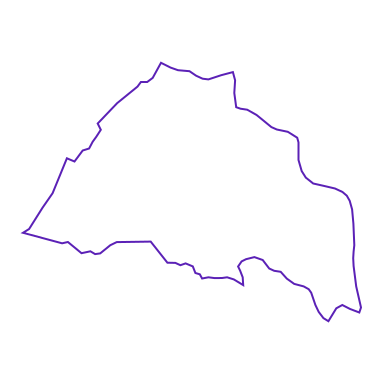 Carnaúba dos Dantas, Rio Grande do Norte, Brazil (Natural Earth projection)
{"feature_id": "56859067B30276688890297", "entity_name": "Carnaúba dos Dantas", "entity_type": "district", "adm_level": 2, "iso_a3": "BRA", "parent_name": "Brazil", "parent_adm1": "Rio Grande do Norte", "projection": "natural_earth1", "projection_center": [-36.538, -6.554], "detail": "fine", "context": "isolated", "style": "outline", "palette": "violet", "viewbox_px": 384, "rotation_deg": 0, "n_neighbors": 0, "source": "geoboundaries", "source_scale": "gbopen_adm2", "svg_char_len": 1340}
<svg xmlns="http://www.w3.org/2000/svg" viewBox="0 0 384 384"><path d="M23.0,232.8L62.1,243.3L67.9,242.0L77.5,249.9L81.5,253.2L90.4,251.3L95.1,254.1L100.2,253.4L110.3,245.2L116.7,242.1L150.7,241.6L167.4,262.7L175.4,262.9L180.4,265.2L185.6,263.4L192.8,266.4L195.4,273.0L199.8,274.3L202.1,278.5L208.4,277.3L214.7,278.1L222.1,278.0L227.1,277.3L233.8,279.4L243.2,285.1L242.7,277.3L240.1,270.6L238.1,266.5L241.6,261.4L246.0,259.2L254.4,257.1L262.7,260.0L269.2,268.5L274.2,270.8L280.7,271.8L286.8,278.6L294.2,283.9L303.7,286.4L308.7,289.2L311.2,292.7L315.4,305.0L318.7,311.9L323.4,318.1L328.4,321.2L336.3,308.3L342.3,305.0L350.1,309.0L359.3,312.5L361.0,307.5L356.2,286.4L353.6,266.0L353.2,258.2L353.6,251.6L354.3,245.2L353.4,223.7L352.1,209.4L349.7,200.8L346.8,195.7L342.5,192.0L335.0,188.5L323.9,185.9L313.2,183.5L305.8,177.6L301.7,171.1L298.5,160.0L298.5,142.4L297.2,137.7L287.8,131.8L276.8,129.5L271.4,127.1L256.6,115.0L247.2,109.7L240.5,108.7L236.2,107.2L234.3,93.0L235.1,80.3L232.9,72.1L221.2,75.2L213.6,77.7L208.4,79.4L202.6,78.7L196.1,75.7L189.5,71.2L178.0,70.2L170.6,67.6L161.0,62.8L152.7,77.9L147.2,82.0L140.9,82.0L137.5,86.6L117.2,103.1L97.7,123.5L100.8,129.8L96.2,136.9L92.7,141.7L89.1,148.5L82.7,150.5L74.5,161.5L66.9,158.3L62.8,168.3L52.6,193.2L42.6,207.6L29.1,229.0L23.0,232.8Z" fill="none" stroke="#5b21b6" stroke-width="2"/></svg>